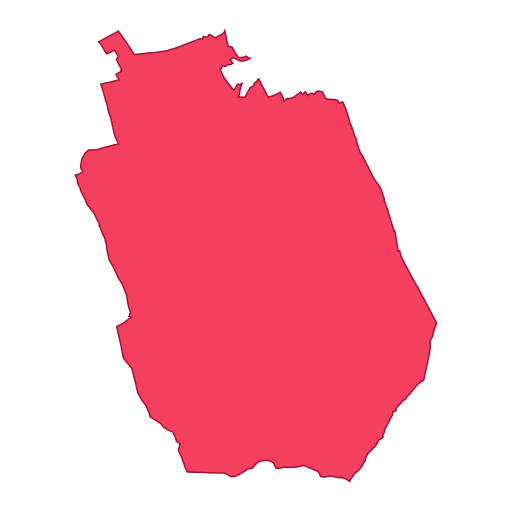 the district of Popesti, Iasi, Romania
{"feature_id": "2599482B45764776322069", "entity_name": "Popesti", "entity_type": "district", "adm_level": 2, "iso_a3": "ROU", "parent_name": "Romania", "parent_adm1": "Iasi", "projection": "equal_earth", "projection_center": [27.259, 47.14], "detail": "fine", "context": "isolated", "style": "filled", "palette": "rose", "viewbox_px": 512, "rotation_deg": 0, "n_neighbors": 0, "source": "geoboundaries", "source_scale": "gbopen_adm2", "svg_char_len": 5904}
<svg xmlns="http://www.w3.org/2000/svg" viewBox="0 0 512 512"><path d="M380.2,439.4L382.9,437.4L383.0,436.7L383.0,434.6L383.3,434.0L384.4,432.1L384.6,431.4L384.8,428.8L385.0,428.1L386.3,426.9L387.6,424.2L387.8,423.6L388.5,422.8L389.3,420.9L391.4,416.7L392.4,415.5L392.3,414.3L393.5,411.6L394.6,411.2L395.9,411.0L396.2,408.4L396.9,407.2L398.5,405.6L399.8,404.1L400.9,403.4L401.9,401.7L403.0,400.5L404.7,399.7L405.7,398.8L406.5,397.7L407.1,396.4L408.6,395.1L409.5,394.8L410.8,392.6L416.1,386.2L416.5,385.4L419.3,383.1L421.9,381.3L423.7,380.3L426.8,365.7L428.1,359.7L428.6,358.0L429.1,354.8L429.6,352.3L429.8,350.3L430.1,349.5L430.1,347.8L430.3,345.5L430.3,344.2L430.0,342.2L430.0,341.6L431.1,339.0L431.9,337.7L432.6,336.3L433.0,335.2L433.4,332.0L433.7,331.1L434.2,330.4L434.3,328.8L435.9,325.2L436.5,323.3L436.2,322.3L423.6,298.3L420.8,293.3L418.4,288.3L416.1,284.6L413.0,279.2L409.6,272.6L404.2,262.8L404.0,262.0L403.5,260.8L402.1,258.5L401.0,255.9L400.6,254.1L399.6,250.9L398.2,251.0L394.9,231.2L394.2,231.2L392.0,224.5L391.6,222.7L391.1,221.6L390.1,218.4L387.7,209.8L386.9,207.8L385.2,203.0L384.2,199.7L384.3,198.8L383.2,195.8L381.3,189.7L379.6,186.4L374.1,178.9L369.2,169.3L368.2,167.0L364.2,159.3L363.6,158.1L363.5,157.4L361.3,154.2L359.2,150.0L356.8,142.0L356.5,140.0L354.4,134.9L353.0,130.5L352.3,128.8L351.7,126.6L350.6,124.2L350.2,123.9L348.8,118.2L345.1,106.9L344.3,106.4L344.3,105.5L343.4,103.3L342.7,102.0L338.4,103.1L338.0,101.3L338.2,100.7L337.7,100.3L335.2,99.9L333.2,99.4L329.5,99.3L327.5,99.1L326.6,98.9L325.7,98.5L325.2,98.1L324.9,97.4L324.7,96.0L323.9,94.9L323.1,94.2L323.1,93.1L323.0,92.6L322.8,92.3L321.9,91.8L318.9,91.1L317.5,91.2L316.4,91.7L315.5,92.3L314.6,93.7L313.5,94.3L312.4,93.3L311.0,93.3L310.5,93.5L307.5,95.5L305.5,91.7L305.0,91.9L302.8,94.5L300.6,92.1L293.2,97.5L292.3,97.9L290.5,98.3L289.3,98.5L287.2,98.4L284.0,101.2L283.1,97.7L282.0,95.5L280.2,92.2L275.9,94.6L268.3,97.3L260.3,82.2L259.0,79.2L258.0,79.0L257.6,80.0L256.8,81.3L254.8,82.8L254.0,83.8L253.9,85.2L251.0,87.5L250.3,87.5L249.9,88.5L247.4,92.5L245.8,95.7L245.1,97.2L238.5,97.0L239.1,95.3L239.6,93.6L240.1,89.3L240.6,87.4L241.5,85.0L242.2,83.4L242.0,83.2L240.5,84.4L239.8,84.7L239.2,84.7L238.1,84.0L237.2,84.4L234.7,89.1L234.0,89.7L233.6,89.9L233.2,89.7L231.7,87.6L228.2,83.3L224.2,77.9L223.2,76.1L221.0,71.2L220.2,69.9L221.0,69.2L221.8,67.2L222.4,66.2L222.8,66.1L223.2,66.0L225.6,66.5L226.1,66.2L226.8,65.1L227.6,64.6L228.1,64.6L229.6,64.9L231.3,64.3L233.0,63.2L230.0,59.7L233.5,57.7L240.0,61.0L244.0,60.9L245.8,60.4L247.6,59.6L249.5,58.7L250.0,58.3L249.3,58.3L248.1,57.7L246.3,56.1L244.2,57.0L242.6,57.4L239.5,57.6L238.6,57.5L238.1,57.2L236.6,55.1L231.9,46.9L228.5,46.6L227.3,42.8L225.0,31.8L224.8,30.7L224.1,32.3L223.9,32.6L222.2,34.1L221.5,35.0L221.3,35.2L220.2,35.1L219.0,35.6L217.8,36.5L215.2,37.8L210.5,35.0L210.0,34.7L209.2,34.7L208.6,35.1L207.9,36.9L207.3,37.3L206.4,37.2L204.6,36.5L203.7,36.4L203.3,36.7L202.5,38.7L201.9,38.9L199.7,38.8L180.3,46.4L176.1,47.8L173.9,48.7L172.6,49.0L171.1,49.3L167.4,50.6L156.2,52.4L151.4,52.9L149.2,52.8L142.4,53.8L135.7,54.3L134.1,54.6L131.2,49.9L129.7,47.1L118.4,31.1L98.6,41.9L101.0,44.6L102.5,47.0L104.5,50.6L106.8,54.0L114.4,50.2L117.0,54.1L118.2,56.4L118.3,57.1L118.0,57.5L116.7,58.5L116.4,59.5L119.8,66.2L121.8,69.6L120.8,70.2L121.5,71.2L116.1,74.2L116.5,75.8L118.3,78.1L119.0,79.8L110.7,82.0L101.3,84.0L100.9,84.1L100.9,84.3L103.4,91.9L104.0,94.6L105.1,98.2L105.8,101.0L106.1,101.8L106.8,102.7L106.9,104.4L107.5,106.6L107.7,108.5L109.2,113.7L111.0,118.9L111.1,120.1L111.8,122.3L112.1,124.2L113.1,128.0L113.1,128.9L114.0,132.8L115.1,136.6L116.9,140.2L118.5,144.0L113.7,145.0L101.4,148.2L100.0,148.8L96.1,149.7L93.2,149.9L91.9,149.8L88.4,150.1L84.8,153.4L84.3,154.2L83.8,155.6L81.9,158.7L80.8,165.2L80.7,167.4L81.0,168.5L81.5,169.4L82.7,170.8L82.8,171.7L77.9,174.7L76.4,174.7L75.5,174.9L76.0,177.0L76.4,177.5L77.0,178.9L77.3,180.3L77.6,182.9L78.0,184.0L80.1,187.9L80.5,189.9L81.8,193.2L82.2,193.7L85.2,199.6L85.5,200.6L86.5,202.8L86.9,204.2L87.8,205.5L93.0,211.6L95.2,215.3L95.8,217.0L97.4,220.4L98.7,222.4L99.7,224.6L98.9,225.2L99.8,226.8L102.8,234.4L102.8,234.7L104.6,237.3L105.5,241.6L106.4,244.6L107.1,250.7L108.8,258.4L109.5,260.6L112.6,265.7L114.7,269.8L116.5,273.9L117.5,276.0L118.0,277.4L122.2,284.1L122.9,285.7L123.7,287.4L124.2,289.1L126.0,293.1L126.7,295.9L128.3,305.7L129.4,309.3L130.3,311.9L130.6,313.5L130.0,313.5L129.7,313.9L129.0,316.4L129.9,316.5L130.2,316.7L130.6,317.5L130.9,317.5L128.7,319.1L122.7,323.5L116.7,326.7L120.3,342.6L123.5,358.3L131.8,368.4L134.9,380.6L138.0,393.2L140.7,398.3L143.1,402.0L146.2,405.9L149.4,413.5L149.9,416.6L160.9,423.6L163.9,427.7L165.5,427.9L166.6,429.4L173.4,432.3L173.6,434.1L174.9,436.1L176.5,441.3L180.3,444.2L178.4,449.4L178.9,451.6L181.3,456.3L182.2,459.1L183.3,461.9L184.9,466.9L187.4,472.0L204.1,472.5L211.9,472.9L223.8,473.0L225.5,473.5L230.1,476.2L231.6,476.8L232.8,476.7L236.2,476.0L237.3,475.5L238.2,474.8L239.5,474.3L244.9,471.2L245.7,470.4L246.2,469.8L247.2,469.2L248.0,468.9L251.3,468.6L252.0,468.4L253.8,466.7L254.4,465.7L257.3,462.8L258.6,462.0L261.7,460.8L264.3,460.8L264.9,460.4L267.9,460.5L270.3,461.1L273.5,462.8L274.3,464.6L275.0,466.5L275.9,468.0L276.6,468.5L282.0,467.8L284.8,467.1L289.6,467.4L291.3,467.3L292.6,467.1L295.7,467.2L297.1,467.0L303.2,465.6L304.2,465.6L306.0,466.1L308.9,467.7L309.7,467.8L311.7,468.7L316.8,471.0L318.0,471.7L318.9,472.5L319.4,473.2L320.4,476.0L320.9,476.6L324.2,477.0L325.5,477.0L328.0,476.3L329.4,476.1L330.7,476.1L333.5,476.5L337.2,477.5L342.1,477.7L345.3,478.7L346.2,479.1L348.2,480.5L349.8,481.3L349.9,480.5L350.9,479.0L351.5,478.0L352.7,476.3L353.5,475.6L354.8,473.5L356.1,472.2L358.5,470.5L360.8,467.7L362.1,465.8L363.5,463.3L364.3,462.1L365.1,460.8L365.6,458.4L366.2,456.6L367.8,453.8L368.9,452.3L371.9,449.7L375.8,445.3L377.5,443.1L377.8,441.5L378.1,440.9L378.7,440.1L379.4,439.6L380.2,439.4Z" fill="#f43f5e" stroke="#9f1239" stroke-width="1.5"/></svg>